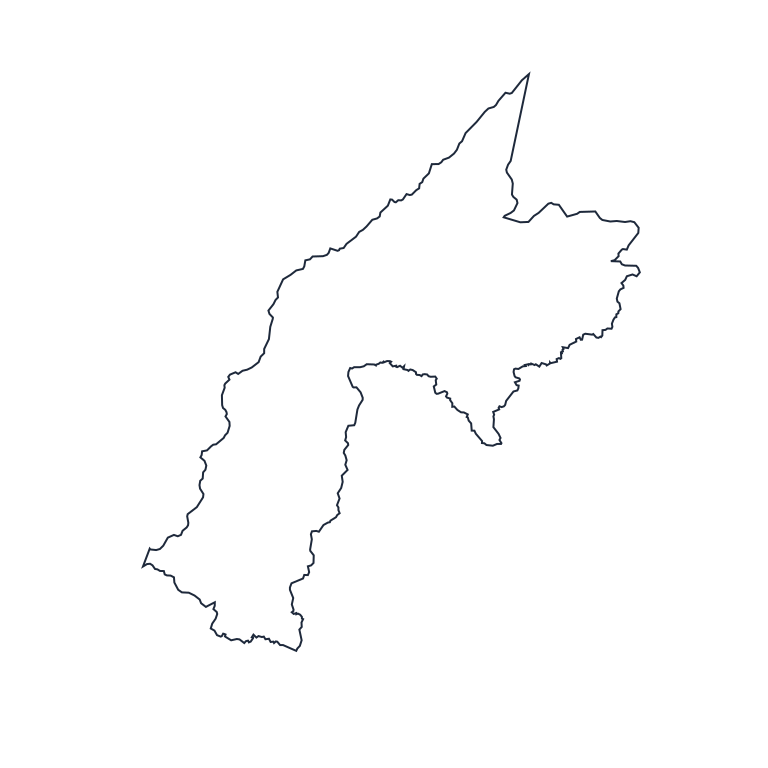 outline of Belmira, Antioquia, Colombia, rotated 53°
{"feature_id": "7082276B19513801384430", "entity_name": "Belmira", "entity_type": "district", "adm_level": 2, "iso_a3": "COL", "parent_name": "Colombia", "parent_adm1": "Antioquia", "projection": "albers", "projection_center": [-75.634, 6.646], "detail": "fine", "context": "isolated", "style": "outline", "palette": "slate", "viewbox_px": 768, "rotation_deg": 53, "n_neighbors": 0, "source": "geoboundaries", "source_scale": "gbopen_adm2", "svg_char_len": 6158}
<svg xmlns="http://www.w3.org/2000/svg" viewBox="0 0 768 768"><g transform="rotate(53 384 384)"><path d="M374.5,670.2L384.7,686.3L385.2,681.6L386.8,679.0L389.5,678.0L393.9,678.2L395.7,676.5L398.5,675.4L400.9,672.4L404.1,673.7L406.2,672.6L408.6,669.7L412.0,668.1L416.4,670.9L424.5,672.2L428.8,670.8L433.2,665.5L438.9,662.6L445.2,660.9L449.0,662.0L454.8,660.4L456.5,650.5L459.3,652.7L461.1,655.7L465.4,654.8L467.3,655.6L470.1,659.7L472.0,665.4L475.0,669.5L478.9,667.8L484.1,668.5L487.5,666.4L487.7,665.1L486.6,662.7L487.2,662.2L488.7,661.3L489.8,662.9L490.6,662.7L496.7,660.3L499.1,655.0L501.0,653.1L506.8,651.5L506.3,649.1L506.9,647.5L507.2,647.0L509.0,647.4L509.5,645.5L508.2,641.6L507.7,641.1L506.7,641.9L505.6,639.1L509.7,638.5L509.8,635.9L512.6,633.8L513.4,632.0L516.5,632.3L518.2,629.2L521.8,629.8L523.2,627.4L524.7,627.7L524.5,625.3L525.6,624.3L530.0,624.1L531.8,621.7L544.3,614.7L543.1,612.4L542.5,608.8L539.1,604.0L529.2,599.4L528.5,595.9L524.8,593.4L523.1,590.1L521.9,590.7L520.5,589.7L517.8,589.8L515.6,590.9L515.1,592.6L514.1,592.0L513.3,594.5L510.8,595.0L510.8,593.1L509.7,592.0L504.6,590.3L500.3,585.3L491.8,583.0L489.9,581.6L487.5,577.8L490.6,565.7L488.5,562.6L490.8,559.8L489.2,557.0L483.8,554.5L485.0,551.4L484.5,548.0L478.5,543.2L472.9,543.3L471.7,542.6L464.6,535.1L460.0,532.8L458.3,530.2L460.6,526.5L462.8,524.9L460.2,517.2L460.9,512.2L461.8,510.4L460.9,509.0L461.5,502.5L460.5,500.2L460.5,497.2L457.3,496.3L455.2,494.7L452.5,494.5L448.7,488.4L443.4,486.7L441.3,480.8L437.3,475.9L431.8,472.9L430.7,464.8L425.2,463.5L422.4,459.7L417.8,457.9L414.8,457.6L412.7,455.3L411.2,449.3L409.6,448.4L405.7,449.0L403.6,446.2L399.4,443.6L395.9,437.6L399.0,432.6L397.7,430.3L388.4,420.6L386.1,416.8L383.8,410.6L382.2,409.3L376.6,407.7L370.1,408.0L368.4,410.4L367.4,410.7L356.0,407.9L353.0,405.2L350.9,401.4L352.4,400.2L352.6,397.7L356.2,393.0L357.7,389.5L357.8,385.9L362.5,380.1L364.3,379.3L363.8,378.7L364.7,376.0L364.6,374.0L366.0,372.7L365.9,371.0L366.6,371.2L367.5,367.8L369.3,365.5L370.5,364.9L370.8,366.8L375.2,366.4L376.7,363.3L377.5,363.9L378.4,363.4L379.1,360.2L382.2,359.4L381.9,357.3L383.9,359.5L387.1,356.7L388.2,356.6L388.2,354.3L390.1,352.7L393.8,351.4L395.3,352.4L396.5,352.2L398.3,350.1L400.3,349.3L399.7,347.3L400.6,345.6L402.4,343.8L404.6,343.7L406.3,342.4L408.9,338.6L411.5,338.7L412.1,340.4L415.9,342.6L415.9,345.7L421.8,348.3L423.5,347.9L424.3,346.6L426.1,339.9L428.5,338.7L429.8,339.2L431.2,341.9L432.7,341.9L435.5,339.9L436.7,340.9L440.5,341.0L443.3,343.2L444.3,341.4L448.9,341.0L453.0,339.5L454.8,337.3L458.7,335.4L460.1,337.8L461.2,337.2L464.2,338.4L467.9,338.1L474.0,342.0L475.7,339.9L479.0,340.6L488.6,340.0L490.1,341.3L491.8,339.5L494.4,338.9L498.8,334.2L499.9,329.8L502.3,326.6L501.9,325.8L498.2,325.5L497.2,323.4L492.8,322.5L484.3,322.6L478.3,317.4L475.7,316.1L474.8,314.5L472.0,313.6L473.6,307.3L472.0,306.8L471.3,305.2L473.2,304.0L474.0,301.7L473.6,299.8L471.0,296.6L467.9,285.1L469.4,281.4L468.4,279.4L466.3,277.4L464.7,278.8L461.4,278.4L463.0,273.8L462.2,272.7L461.0,272.6L457.8,274.9L456.2,274.9L452.4,273.3L450.5,271.3L450.8,269.8L452.9,267.6L453.4,262.6L454.9,260.1L453.6,260.0L454.9,257.2L455.8,257.1L455.4,256.1L456.7,255.0L456.2,254.2L459.5,252.3L459.6,250.9L463.6,249.5L462.1,245.5L465.8,242.8L467.1,242.9L467.5,239.1L466.8,238.5L467.6,238.5L470.3,232.4L468.0,231.1L468.6,228.7L470.1,228.0L470.1,226.9L465.6,223.9L466.3,223.3L465.1,222.7L465.6,221.5L464.1,220.8L464.1,219.6L462.2,219.1L466.1,215.4L464.4,212.1L465.8,204.9L463.6,203.6L464.4,199.7L467.1,200.2L467.8,199.1L464.5,195.2L465.0,193.0L469.9,188.0L470.0,186.8L474.7,186.4L476.2,185.0L476.4,182.6L477.2,182.4L476.7,180.5L472.5,177.1L474.1,174.5L474.1,172.2L476.8,169.0L475.8,167.2L473.0,165.7L470.7,162.0L469.8,159.5L470.4,158.2L468.2,156.5L468.5,154.3L467.1,153.1L466.6,150.0L461.2,147.4L458.7,148.0L455.9,146.7L451.3,140.7L450.7,138.3L451.4,134.8L449.4,133.6L446.3,133.6L446.0,128.7L444.1,125.2L446.1,119.6L450.0,117.4L448.8,112.5L444.2,111.2L441.4,111.4L434.4,120.2L431.5,122.0L428.3,121.6L422.4,128.9L423.9,125.3L423.1,119.7L420.9,118.3L419.8,113.2L420.0,112.0L422.8,109.2L420.5,105.2L416.4,90.0L412.5,86.6L405.4,86.7L402.3,89.2L399.7,94.0L393.9,100.0L390.4,105.5L384.4,110.9L381.3,111.7L373.4,111.4L364.4,124.1L364.3,127.3L360.5,137.0L346.1,136.5L342.6,140.4L340.0,141.4L338.9,144.2L340.4,157.5L340.0,163.1L341.5,171.1L336.9,177.8L322.9,188.1L322.3,186.4L323.6,180.0L323.6,175.8L319.8,168.5L316.6,167.1L312.4,168.1L309.7,167.8L301.4,160.5L297.6,158.9L289.1,158.6L286.4,157.4L283.5,152.9L282.1,148.6L223.7,81.7L224.4,91.1L228.5,106.8L227.8,108.9L224.5,111.7L226.7,122.1L228.6,126.7L228.8,129.6L226.8,134.8L227.3,139.7L230.4,152.2L232.7,167.8L237.1,175.6L237.3,179.1L240.8,184.8L242.1,189.4L242.3,195.9L240.5,201.8L241.4,204.8L241.2,208.0L237.2,213.5L242.8,221.4L243.7,228.9L245.8,232.0L245.6,235.1L248.9,238.2L248.6,241.6L249.5,247.8L248.6,249.7L245.9,251.7L248.0,257.9L247.7,259.8L245.8,262.0L246.0,265.2L245.0,266.1L241.6,266.6L240.4,267.9L243.9,273.6L244.9,283.7L247.6,286.6L247.6,289.9L245.8,294.5L247.7,303.2L248.2,308.1L247.6,312.3L249.5,317.7L249.5,329.5L251.1,334.4L249.3,337.9L250.1,339.4L249.7,340.9L243.4,345.3L246.0,349.3L246.5,351.9L245.2,355.8L239.2,364.3L239.9,368.1L237.9,372.4L242.1,376.9L243.3,379.5L240.5,385.7L240.6,393.0L239.7,401.6L246.2,413.7L251.1,416.6L251.6,420.0L253.7,424.2L255.8,432.1L259.1,433.3L264.0,432.7L265.0,433.6L269.9,440.4L278.9,448.9L283.9,458.6L287.3,461.2L287.9,466.0L291.1,471.0L291.2,479.7L290.2,484.7L288.3,489.0L288.2,494.4L285.3,495.5L283.8,501.4L284.6,504.1L287.5,504.8L288.1,510.6L288.9,512.2L291.1,513.5L295.4,520.2L303.5,526.0L306.3,527.0L309.1,526.3L311.6,526.7L313.4,527.6L314.5,530.1L321.3,530.3L324.6,532.5L328.8,538.3L329.3,541.8L330.6,544.5L331.1,554.4L329.7,556.9L329.7,559.5L330.5,565.3L328.3,569.8L331.0,572.4L332.1,574.8L337.3,573.6L342.2,575.0L345.0,578.2L345.7,581.6L350.4,585.7L350.7,589.0L353.7,592.2L356.9,593.9L363.2,594.4L365.6,596.7L369.7,607.6L369.8,619.1L371.2,620.8L377.1,623.8L378.9,625.5L379.8,627.9L380.0,633.2L382.3,636.9L381.5,640.3L378.1,642.6L376.6,649.1L380.3,657.6L380.9,662.3L379.5,665.9L375.5,670.2L374.5,670.2Z" fill="none" stroke="#1e293b" stroke-width="2"/></g></svg>